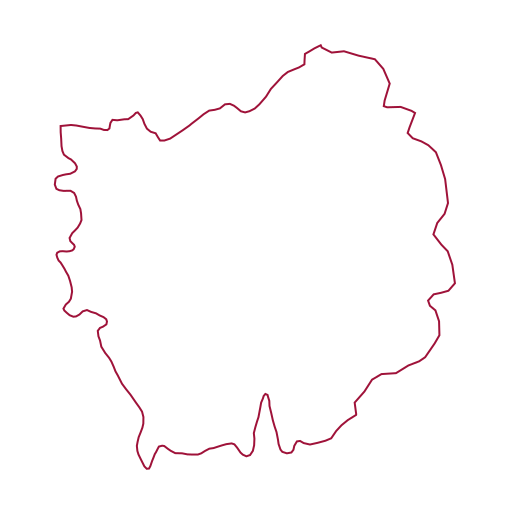 Kastsyukovichy, Mogilev, Belarus, rotated 262°
{"feature_id": "67162791B14569635979911", "entity_name": "Kastsyukovichy", "entity_type": "district", "adm_level": 2, "iso_a3": "BLR", "parent_name": "Belarus", "parent_adm1": "Mogilev", "projection": "albers", "projection_center": [31.992, 53.27], "detail": "fine", "context": "isolated", "style": "outline", "palette": "rose", "viewbox_px": 512, "rotation_deg": 262, "n_neighbors": 0, "source": "geoboundaries", "source_scale": "gbopen_adm2", "svg_char_len": 3412}
<svg xmlns="http://www.w3.org/2000/svg" viewBox="0 0 512 512"><g transform="rotate(262 256 256)"><path d="M411.9,80.6L405.7,79.8L399.3,79.4L391.8,78.7L386.9,78.9L383.1,79.9L379.0,83.9L377.4,86.2L373.0,89.7L369.5,91.0L367.2,90.6L365.0,88.5L363.3,83.5L363.3,79.2L363.1,76.1L362.3,71.0L360.4,68.3L354.7,66.7L350.3,67.7L348.5,70.4L347.3,74.4L346.4,81.4L343.7,84.7L339.8,86.0L335.7,86.3L331.7,87.1L326.9,88.6L322.6,88.7L315.9,88.2L312.6,86.3L308.9,83.3L306.5,80.3L304.2,77.2L299.8,73.9L296.6,74.2L294.8,75.5L292.4,77.4L290.4,77.8L288.1,76.4L287.1,74.8L286.7,72.1L286.8,69.1L287.7,65.1L287.9,62.3L286.9,59.6L285.0,58.6L282.0,59.0L279.0,59.9L276.7,61.6L273.4,63.1L269.9,64.6L267.0,65.6L262.6,67.4L257.1,68.4L250.6,69.1L246.2,68.9L239.5,66.7L236.7,64.4L234.4,60.9L230.7,58.0L228.7,58.6L226.2,60.6L223.3,63.2L221.3,66.7L221.2,69.4L222.6,73.0L225.3,76.7L226.0,81.1L223.6,84.9L221.5,89.6L218.9,92.9L216.7,96.5L214.2,98.9L211.8,99.3L209.1,98.3L207.3,94.6L206.5,91.5L203.9,88.9L198.4,88.8L194.0,89.8L187.7,90.2L180.9,93.2L175.7,96.3L171.6,98.1L166.0,99.7L161.3,100.8L157.0,102.5L148.2,105.5L142.5,108.6L136.1,112.4L127.7,116.6L122.4,119.4L117.7,121.5L112.2,122.1L105.7,121.1L101.8,119.6L97.4,117.2L92.9,114.6L88.5,112.9L84.6,111.6L79.5,111.4L75.8,112.0L71.2,113.5L68.2,114.5L63.2,116.2L60.5,118.2L60.5,118.6L60.4,120.5L62.6,122.1L67.5,124.6L70.6,126.4L73.9,128.2L75.7,129.7L79.0,132.0L80.8,133.3L81.2,136.7L80.6,138.7L77.4,141.8L75.0,144.4L72.0,148.6L70.9,155.3L69.1,160.5L68.2,165.6L67.5,170.9L68.2,174.3L70.1,178.5L71.7,183.0L71.7,187.2L72.5,191.7L73.2,195.9L73.8,200.4L73.8,205.8L72.5,208.4L68.9,210.6L63.5,213.3L61.1,215.3L59.0,218.6L59.7,222.4L63.5,225.8L68.8,227.8L75.3,229.0L80.9,229.2L86.5,231.5L92.0,234.0L96.0,236.0L105.2,239.1L110.1,240.7L113.9,243.0L116.3,244.1L118.1,246.1L116.8,248.1L115.0,248.3L110.7,249.0L105.6,248.5L98.7,249.2L91.1,249.8L84.6,250.7L78.8,251.8L71.0,252.2L66.7,252.2L60.9,253.3L58.4,254.8L56.3,259.1L56.5,263.7L58.9,266.1L62.7,267.5L66.7,270.7L66.7,273.9L64.1,277.2L61.8,283.2L62.4,290.9L63.4,299.0L65.0,305.1L71.6,311.1L76.5,317.1L80.8,324.2L84.7,333.0L85.4,333.2L97.1,333.3L106.7,344.5L117.4,353.7L121.6,363.8L120.5,378.3L126.4,391.7L129.0,402.9L132.2,409.4L144.5,420.7L152.0,426.6L165.9,428.2L177.2,426.1L182.5,421.3L187.9,420.2L193.3,426.6L193.8,434.1L194.8,441.7L201.3,449.2L220.0,449.2L234.0,446.5L241.5,441.1L252.7,434.7L263.5,440.1L271.5,448.6L281.7,453.5L305.8,454.0L320.3,451.8L333.7,448.6L341.7,442.1L346.5,435.7L350.8,427.6L356.7,423.3L362.1,426.0L375.5,433.4L378.1,430.2L383.5,420.0L385.0,406.6L386.6,403.4L392.0,405.0L408.1,412.4L423.6,408.1L434.3,401.1L440.1,385.5L446.5,371.6L446.9,359.3L453.3,350.1L455.7,349.4L453.5,342.8L451.1,337.2L449.3,332.6L443.0,331.3L439.1,330.6L436.7,324.7L435.6,320.1L433.8,313.1L430.6,307.6L425.0,300.9L419.4,294.0L412.4,288.1L405.7,280.4L402.2,275.3L400.3,269.7L399.7,265.2L401.4,261.2L405.4,257.6L407.9,255.1L410.3,251.3L410.5,246.4L407.2,240.8L406.5,235.5L406.5,229.9L403.7,223.9L400.2,218.1L395.9,210.5L394.5,208.3L390.7,200.9L387.3,193.8L384.2,187.3L383.1,181.3L383.7,177.1L387.1,175.5L391.5,173.7L393.7,169.0L397.3,165.7L402.4,163.9L407.3,162.9L411.1,161.2L414.7,158.9L414.4,156.9L412.2,154.2L409.3,148.5L409.7,144.7L409.7,137.5L410.8,132.8L408.1,130.4L405.6,129.5L402.7,128.6L401.4,126.4L402.0,122.9L403.8,119.5L404.7,114.4L406.0,108.8L408.0,102.8L410.2,96.3L411.5,91.0L411.9,80.6Z" fill="none" stroke="#9f1239" stroke-width="2"/></g></svg>